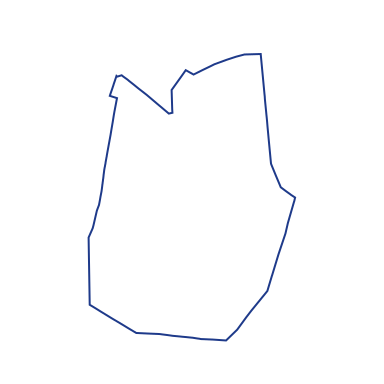 outline of Santa Ana Zegache, Oaxaca, Mexico, rotated 13°
{"feature_id": "50627088B25823982981856", "entity_name": "Santa Ana Zegache", "entity_type": "district", "adm_level": 2, "iso_a3": "MEX", "parent_name": "Mexico", "parent_adm1": "Oaxaca", "projection": "equal_earth", "projection_center": [-96.738, 16.839], "detail": "fine", "context": "isolated", "style": "outline", "palette": "blue", "viewbox_px": 384, "rotation_deg": 13, "n_neighbors": 0, "source": "geoboundaries", "source_scale": "gbopen_adm2", "svg_char_len": 2015}
<svg xmlns="http://www.w3.org/2000/svg" viewBox="0 0 384 384"><g transform="rotate(13 192 192)"><path d="M92.3,95.9L91.8,101.2L91.5,104.0L91.4,105.7L91.2,107.6L91.1,108.8L90.5,114.4L90.3,116.8L97.8,117.4L98.3,130.1L98.3,130.5L98.5,134.3L99.0,141.5L99.5,150.1L99.8,154.7L100.5,169.9L100.8,175.9L100.9,176.7L100.9,177.9L101.0,179.2L101.0,180.1L101.1,181.3L101.1,182.1L101.2,183.0L101.3,184.2L101.3,185.5L101.4,186.5L101.4,187.3L101.4,188.0L101.5,189.6L101.5,190.1L101.6,190.9L101.9,193.8L102.0,195.0L102.1,195.8L102.3,197.3L102.4,198.4L102.5,199.1L102.5,199.9L102.7,201.2L102.8,202.7L103.0,204.3L103.0,205.0L103.1,205.7L103.3,207.5L103.5,209.5L103.7,211.8L103.9,217.3L104.1,220.7L104.3,225.6L103.8,229.2L103.5,231.6L103.5,232.4L103.5,233.9L103.5,246.7L103.4,249.2L103.4,249.6L101.5,259.6L103.0,265.7L117.7,324.9L120.2,325.7L125.0,327.3L130.5,329.2L141.6,332.9L143.1,333.4L145.3,334.1L155.3,337.3L160.4,339.0L169.4,341.9L181.0,339.8L182.1,339.6L191.7,337.8L193.2,337.6L194.5,337.5L200.4,336.9L203.9,336.6L205.3,336.5L209.7,335.9L213.5,335.4L214.4,335.3L215.2,335.2L218.8,334.7L222.0,334.3L225.8,333.8L226.2,333.8L230.4,333.5L231.3,333.4L232.5,333.3L233.5,333.3L234.4,333.2L234.7,333.1L245.5,331.1L258.6,329.0L267.0,316.0L273.2,301.5L276.5,294.3L287.7,271.5L288.2,263.6L288.6,257.6L288.7,255.8L288.8,255.1L290.3,233.2L292.4,211.5L292.4,211.0L292.4,200.8L293.1,187.8L293.6,178.7L293.7,177.9L293.7,174.2L288.8,172.4L288.5,172.2L283.7,170.2L277.6,167.5L277.4,167.4L275.2,164.3L270.2,157.4L263.4,147.8L262.6,146.6L261.1,142.1L257.4,131.0L255.4,125.0L250.9,111.4L249.3,106.4L248.2,103.1L247.1,99.9L246.2,97.2L243.5,89.2L242.1,85.0L241.4,82.6L240.5,80.0L227.9,42.1L212.2,46.2L204.6,50.2L196.0,55.4L185.1,62.5L181.6,65.4L175.1,70.6L167.1,77.2L158.5,74.7L155.7,81.6L155.2,82.8L149.2,97.2L154.2,116.2L155.1,119.2L151.8,120.8L137.7,113.6L132.3,110.8L125.9,107.5L116.6,103.2L111.1,100.5L109.2,99.6L105.4,97.8L104.9,97.5L103.2,96.7L99.1,95.0L97.2,94.1L93.2,96.4L92.3,95.9Z" fill="none" stroke="#1e3a8a" stroke-width="2"/></g></svg>